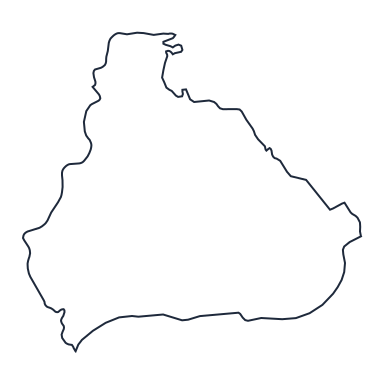 Kangwŏn-do, Mercator projection
{"feature_id": "PRK-3308", "entity_name": "Kangwŏn-do", "entity_type": "Province", "adm_level": 1, "iso_a3": "PRK", "parent_name": "North Korea", "parent_adm1": "", "projection": "mercator", "projection_center": [127.289, 38.794], "detail": "fine", "context": "isolated", "style": "outline", "palette": "slate", "viewbox_px": 384, "rotation_deg": 0, "n_neighbors": 0, "source": "natural_earth", "source_scale": "10m", "svg_char_len": 3015}
<svg xmlns="http://www.w3.org/2000/svg" viewBox="0 0 384 384"><path d="M361.0,236.3L349.6,242.1L344.2,246.5L342.9,249.8L343.3,254.3L345.0,263.0L344.2,272.1L341.6,280.0L337.7,287.1L333.1,293.7L322.4,304.9L309.6,313.2L295.9,318.1L282.2,319.2L261.2,318.0L248.0,320.8L245.2,320.1L242.7,317.6L240.2,313.9L238.5,312.7L199.9,316.1L188.1,319.7L182.1,320.3L163.1,314.5L138.4,316.7L132.0,316.0L119.1,317.4L105.7,322.8L92.9,330.8L81.9,339.9L80.8,341.4L78.3,344.6L75.6,351.3L75.5,351.2L73.7,348.1L73.3,347.0L72.6,345.9L71.9,344.9L68.6,344.4L66.8,343.6L65.6,342.8L62.2,338.0L61.6,334.6L62.6,331.7L63.8,329.0L64.0,327.3L63.7,325.9L62.1,323.7L61.6,322.7L61.0,320.8L61.3,319.4L62.1,317.7L63.3,315.9L64.5,312.1L64.4,310.3L63.6,309.2L62.4,309.3L61.3,309.6L60.3,310.2L58.2,312.0L57.1,312.2L55.5,311.8L53.1,309.6L51.3,308.4L49.6,307.7L48.0,307.2L46.8,306.6L45.4,305.1L44.7,303.6L44.5,301.9L43.7,300.2L30.3,276.8L28.9,273.5L27.8,268.5L27.6,264.7L27.6,263.4L28.1,260.8L28.9,258.1L29.4,256.8L29.7,255.2L30.1,253.3L29.8,250.3L29.2,248.3L28.4,246.7L24.2,240.3L23.0,238.0L23.1,237.6L23.5,235.5L24.1,234.2L25.2,233.0L26.3,232.2L27.6,231.5L39.5,227.8L42.0,226.3L44.5,224.3L45.7,223.1L47.5,220.5L51.2,212.5L58.0,202.3L60.9,197.0L61.5,194.9L62.0,192.2L62.6,187.0L62.5,180.2L62.0,175.4L62.0,172.8L62.4,170.8L63.0,169.5L63.9,168.2L65.0,167.0L66.2,165.9L67.5,165.0L68.7,164.4L69.9,164.1L79.4,163.4L80.6,163.1L81.9,162.6L83.1,161.8L84.2,160.7L87.6,156.4L89.3,153.1L90.7,149.5L91.2,147.3L91.4,145.5L91.3,144.2L91.0,143.0L90.5,141.8L89.7,140.0L89.4,139.6L88.2,138.3L86.2,135.5L84.8,131.4L83.9,121.9L86.3,111.1L90.3,105.2L91.9,104.1L98.6,100.7L99.7,99.6L100.3,98.3L99.8,96.1L99.0,94.5L92.6,86.9L95.1,84.9L95.5,83.1L95.4,81.6L94.0,77.2L93.4,73.1L93.9,70.9L95.0,69.5L100.9,67.8L102.6,66.9L104.8,65.1L105.7,63.4L106.1,61.6L106.2,58.2L106.4,56.5L107.8,51.0L108.8,42.8L109.5,40.6L110.5,38.6L111.9,37.1L113.7,35.4L115.4,34.2L116.8,33.5L118.2,33.1L119.7,33.1L127.0,34.3L137.1,32.7L143.7,33.1L153.7,34.9L163.3,33.6L168.3,33.9L169.9,33.5L171.2,33.5L172.6,33.7L175.3,35.0L173.9,37.0L172.8,38.2L163.4,41.8L163.4,43.7L165.7,44.8L170.5,46.2L172.8,47.4L175.3,45.6L178.5,44.6L181.2,45.7L182.4,49.9L181.1,51.8L174.8,53.2L172.8,54.3L171.7,52.8L170.6,51.7L169.3,51.0L168.0,50.8L166.1,51.4L166.2,52.8L167.1,54.5L167.3,56.1L165.0,62.9L163.4,70.2L162.1,77.6L164.3,82.4L166.4,87.6L169.4,89.8L171.7,90.9L175.9,95.6L178.1,96.9L182.1,96.3L182.9,94.0L182.4,91.4L182.4,89.8L186.0,89.4L190.1,99.3L194.1,102.0L209.1,100.5L214.1,102.0L216.4,103.9L218.1,106.3L220.0,108.3L222.9,109.2L236.6,109.1L239.6,109.5L241.7,111.5L246.3,119.7L252.6,128.6L253.9,131.2L255.1,134.9L258.1,139.3L264.9,146.3L265.6,149.6L266.4,150.6L268.3,149.0L269.6,148.1L270.7,148.9L271.5,150.6L272.1,154.5L273.1,156.6L274.6,158.1L276.6,158.6L280.2,160.8L287.0,171.8L290.8,176.2L306.1,179.9L330.0,209.7L333.0,208.5L342.0,203.6L344.5,202.7L350.6,212.4L352.2,213.9L355.6,215.9L357.5,217.7L359.9,222.3L360.0,223.2L360.2,226.9L360.0,231.5L360.9,236.1L361.0,236.3Z" fill="none" stroke="#1e293b" stroke-width="2"/></svg>